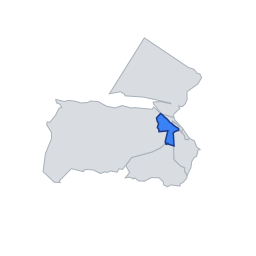 map of Jordan with Israel, Lebanon, Palestine and 4 others greyed out, rotated 122°
{"feature_id": "JOR", "entity_name": "Jordan", "entity_type": "country or territory", "adm_level": 0, "iso_a3": "JOR", "parent_name": "Asia", "parent_adm1": "", "projection": "equal_earth", "projection_center": [36.712, 31.281], "detail": "fine", "context": "with_neighbors", "style": "filled", "palette": "blue", "viewbox_px": 256, "rotation_deg": 122, "n_neighbors": 7, "source": "natural_earth", "source_scale": "50m", "svg_char_len": 3391}
<svg xmlns="http://www.w3.org/2000/svg" viewBox="0 0 256 256"><g transform="rotate(122 128 128)"><path d="M103.2,80.1L101.7,86.3L99.8,85.4L98.6,90.1L100.0,90.9L98.6,91.8L98.4,93.7L100.9,92.8L101.0,95.5L98.3,107.0L94.8,94.7L96.4,92.3L99.4,81.5L103.2,80.1Z" fill="#d9dde1" stroke="#a8b0b8" stroke-width="1"/><path d="M103.2,80.1L99.5,81.4L104.2,70.5L106.5,70.9L107.4,73.6L104.5,76.3L103.2,80.1Z" fill="#d9dde1" stroke="#a8b0b8" stroke-width="1"/><path d="M100.9,92.8L98.4,93.7L98.6,91.8L100.0,90.9L98.6,90.1L99.8,85.4L101.7,86.3L100.9,92.8Z" fill="#d9dde1" stroke="#a8b0b8" stroke-width="1"/><path d="M121.1,88.0L118.9,79.4L130.5,72.1L132.3,63.7L131.7,58.7L134.6,57.0L137.1,52.7L139.3,51.6L145.4,52.5L147.2,54.2L149.7,53.1L153.4,61.3L156.9,63.4L157.4,67.4L154.9,69.8L153.8,75.3L157.7,81.9L164.4,85.8L167.3,91.2L166.7,96.3L168.4,96.3L168.6,100.2L171.7,103.9L164.9,103.0L161.1,109.9L151.1,109.3L135.6,94.9L127.6,89.9L121.1,88.0Z" fill="#d9dde1" stroke="#a8b0b8" stroke-width="1"/><path d="M102.6,84.1L104.5,76.3L107.4,73.6L106.5,70.9L104.2,70.5L103.7,65.2L107.8,59.3L108.0,55.5L109.7,56.8L115.5,54.9L118.2,56.2L122.5,56.2L128.4,53.6L137.1,52.7L134.6,57.0L131.7,58.7L132.3,63.7L130.5,72.1L108.6,86.9L102.6,84.1Z" fill="#d9dde1" stroke="#a8b0b8" stroke-width="1"/><path d="M98.4,108.0L104.4,109.2L108.1,104.4L112.2,103.4L113.0,101.0L114.8,99.7L109.5,92.6L121.1,88.0L127.6,89.9L135.6,94.9L151.1,109.3L166.0,110.6L167.4,114.0L171.3,113.8L173.6,120.1L176.4,121.7L177.4,124.3L181.2,127.3L182.0,135.3L185.4,141.5L187.1,143.0L188.6,142.5L192.5,154.5L209.3,158.2L210.3,156.7L213.1,161.9L210.0,176.9L193.5,184.4L177.4,187.3L172.3,190.6L168.4,198.6L165.8,199.8L164.4,197.3L155.7,196.2L147.7,197.0L145.4,195.1L143.9,198.8L144.6,202.0L142.1,204.4L139.2,195.9L136.2,193.2L133.2,186.8L131.5,180.7L127.6,175.5L125.1,174.3L121.4,167.2L120.9,157.6L117.7,149.4L112.2,145.0L109.1,135.3L107.5,133.7L99.3,117.4L96.6,117.4L98.4,108.0Z" fill="#d9dde1" stroke="#a8b0b8" stroke-width="1"/><path d="M108.8,161.9L42.9,161.9L44.7,108.9L43.3,103.1L44.9,98.7L44.2,95.6L46.3,92.2L53.4,92.1L66.1,97.2L72.6,92.9L77.3,92.3L81.1,93.2L82.5,96.7L83.7,94.4L92.2,96.5L94.8,94.7L98.3,107.0L94.0,119.1L92.7,120.4L88.5,114.8L84.8,104.5L84.3,105.1L93.6,131.3L102.3,147.6L101.2,148.9L101.3,153.7L108.8,161.9Z" fill="#d9dde1" stroke="#a8b0b8" stroke-width="1"/><path d="M103.0,83.9L103.6,84.1L103.9,84.4L104.4,85.3L105.3,85.6L105.6,85.9L106.1,86.4L106.7,86.6L108.5,86.9L109.9,85.8L111.1,84.9L112.5,83.9L113.4,83.3L115.0,82.1L116.1,81.4L117.5,80.4L118.8,79.4L119.2,81.0L119.6,82.5L120.0,84.1L120.4,85.6L120.0,85.8L120.3,87.0L120.8,86.8L121.4,86.6L121.6,87.4L120.9,88.2L120.1,89.1L119.9,89.2L118.9,89.5L116.8,90.2L115.4,90.7L113.6,91.3L112.1,91.8L110.6,92.3L109.2,92.7L110.0,93.7L111.2,95.2L112.0,96.2L113.0,97.5L113.8,98.6L114.7,99.8L114.1,100.2L113.0,100.9L112.9,101.0L112.4,102.4L112.1,103.3L110.5,103.8L109.1,104.1L108.1,104.4L107.9,104.6L107.3,105.8L106.6,107.0L105.6,108.0L104.4,109.1L104.1,109.2L103.3,109.0L101.9,108.7L100.5,108.5L99.6,108.3L98.4,108.0L98.6,107.1L98.5,106.6L98.8,104.9L99.0,104.1L99.1,103.5L99.5,102.4L99.4,102.0L99.5,100.6L99.5,100.4L99.7,99.6L100.0,98.6L100.3,97.6L100.4,97.2L100.8,96.4L101.1,95.3L100.9,94.7L101.0,93.9L101.2,92.8L101.2,92.2L101.4,91.5L101.8,90.8L101.6,89.2L101.6,88.4L101.8,87.4L101.7,86.3L101.8,84.7L102.0,84.4L102.7,84.0L103.0,83.9Z" fill="#3b82f6" stroke="#1e3a8a" stroke-width="1.5"/></g></svg>